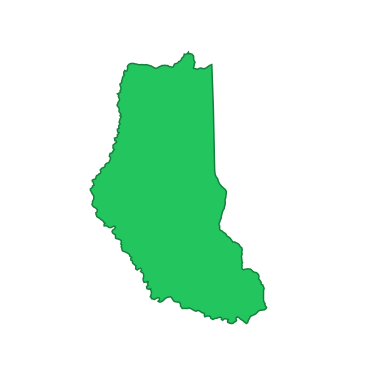 outline of Santa Maria da Vitória, Bahia, Brazil, rotated 45°
{"feature_id": "56859067B38295503968792", "entity_name": "Santa Maria da Vitória", "entity_type": "district", "adm_level": 2, "iso_a3": "BRA", "parent_name": "Brazil", "parent_adm1": "Bahia", "projection": "robinson", "projection_center": [-44.363, -13.186], "detail": "fine", "context": "isolated", "style": "filled", "palette": "green", "viewbox_px": 384, "rotation_deg": 45, "n_neighbors": 0, "source": "geoboundaries", "source_scale": "gbopen_adm2", "svg_char_len": 5729}
<svg xmlns="http://www.w3.org/2000/svg" viewBox="0 0 384 384"><g transform="rotate(45 192 192)"><path d="M115.9,87.9L115.0,90.1L114.7,91.6L114.5,92.9L114.3,94.3L113.8,95.5L112.8,96.7L111.8,97.6L110.7,97.9L109.6,99.6L109.0,101.6L107.8,102.1L106.8,102.6L105.8,103.5L104.9,102.7L104.4,101.6L103.8,100.5L102.9,99.5L102.6,98.3L100.4,97.5L99.0,96.8L98.0,95.6L96.8,94.7L94.6,94.6L93.0,95.4L92.1,96.5L90.6,95.6L90.8,97.9L90.2,99.2L89.0,100.0L89.8,101.2L90.4,102.4L90.1,103.7L90.4,105.1L91.0,106.3L91.0,108.0L90.4,109.3L90.7,110.8L90.0,112.3L89.2,113.6L89.5,115.1L90.3,116.5L89.7,117.8L88.3,118.6L86.9,119.6L85.5,119.6L84.7,120.6L83.6,121.2L82.5,122.5L81.3,123.8L80.8,125.6L80.1,126.8L80.0,128.2L79.3,129.6L78.3,130.7L77.1,130.9L75.6,131.4L74.2,131.7L73.0,132.3L71.5,133.2L69.8,134.1L68.4,135.8L66.7,137.1L65.6,138.3L64.5,139.6L62.9,140.4L61.4,141.5L59.7,142.5L58.2,143.9L57.3,145.6L57.2,147.5L57.5,148.9L59.0,149.9L59.6,151.1L60.3,152.2L59.7,153.4L58.5,153.6L59.0,155.4L60.4,156.9L61.7,157.4L61.6,159.1L62.0,160.3L63.0,161.6L63.8,163.4L64.9,164.2L64.7,166.7L66.5,167.8L68.1,168.5L69.3,169.9L69.5,171.3L70.7,171.9L70.5,173.3L69.9,175.4L71.6,175.2L72.5,176.6L74.1,177.2L75.3,177.7L76.1,179.2L76.4,181.0L77.0,182.0L77.4,183.3L78.4,184.0L80.1,184.0L82.0,184.8L82.7,185.9L83.6,186.8L85.4,187.0L86.7,187.2L87.1,189.0L88.7,188.7L89.3,190.8L90.3,192.7L91.3,194.4L93.1,194.7L93.2,196.6L93.9,197.6L95.4,198.6L94.8,200.3L95.8,201.3L97.3,202.2L98.6,201.6L98.8,202.9L98.7,204.4L99.9,205.3L100.3,206.4L99.7,207.7L99.1,208.8L100.1,209.4L101.1,210.2L102.3,209.5L103.5,210.2L103.2,211.6L103.2,212.9L103.0,214.6L104.1,215.8L105.3,216.9L106.8,216.9L107.2,218.7L107.5,219.9L107.8,221.5L106.8,222.4L107.4,223.9L108.4,225.3L109.9,225.1L111.0,226.4L111.7,228.2L112.4,230.1L111.3,232.1L111.3,234.3L112.5,235.4L112.4,236.7L111.4,238.8L111.5,241.3L113.1,242.0L114.0,243.6L113.4,245.2L113.6,246.9L112.9,247.8L113.5,249.2L114.6,250.9L113.5,252.8L113.1,254.2L114.0,254.9L115.2,254.9L116.6,255.7L117.9,256.5L117.4,258.0L118.3,259.5L117.9,261.5L118.7,262.5L120.2,262.9L121.3,263.3L122.4,263.7L123.8,264.0L125.3,264.2L126.7,265.5L127.6,266.7L128.2,268.7L129.4,270.3L130.0,271.5L131.7,272.1L133.4,272.0L134.8,271.5L136.2,271.4L137.7,271.6L138.8,272.8L138.7,274.7L140.0,275.7L141.9,276.6L143.2,276.6L144.8,275.9L147.1,275.9L148.8,275.4L150.0,275.5L151.2,275.7L152.6,275.5L152.6,276.9L153.9,278.1L155.0,276.6L156.8,275.9L158.4,275.8L159.7,274.7L160.2,273.5L160.6,272.0L161.6,271.0L162.7,270.9L163.3,272.6L163.1,273.9L162.9,275.2L163.5,276.6L165.1,277.1L166.6,276.9L167.9,276.3L169.1,277.4L170.6,278.7L172.1,278.1L173.5,277.2L175.1,276.6L176.5,276.5L177.6,277.7L178.5,279.1L179.8,279.1L180.6,280.8L182.2,281.3L183.0,282.2L184.5,282.8L185.6,282.4L187.0,281.6L189.2,280.9L190.5,280.5L192.1,280.5L193.4,281.3L195.7,280.9L195.8,282.3L196.9,283.4L198.3,282.8L200.3,284.2L202.4,284.2L204.3,283.8L205.4,285.0L206.7,286.2L208.4,285.9L208.8,283.6L209.7,282.4L210.8,282.3L211.6,283.1L211.8,284.5L213.0,284.5L214.3,284.0L215.6,284.3L216.9,285.1L217.8,286.3L218.9,288.1L220.4,289.2L221.9,289.8L223.1,288.4L223.6,286.8L224.7,286.5L224.9,288.0L227.1,289.0L226.7,291.0L228.5,292.2L230.5,291.2L231.1,289.6L232.2,290.5L233.9,291.3L235.0,292.4L235.8,293.8L236.6,295.6L237.8,295.2L238.7,296.1L240.3,295.2L241.6,294.4L241.8,292.6L242.7,290.7L243.9,290.1L245.3,291.3L245.2,293.2L246.7,292.9L247.5,292.1L248.0,290.7L248.4,289.4L248.4,288.0L248.4,285.9L248.9,284.4L249.8,282.8L250.9,281.2L252.3,281.2L254.3,281.6L256.2,282.0L257.6,281.5L259.0,280.5L260.1,279.6L261.1,279.1L262.8,279.1L264.4,280.7L265.7,280.9L267.4,281.3L268.7,280.0L269.7,278.9L271.1,277.8L271.8,276.0L273.2,275.5L274.5,275.0L275.7,274.7L277.2,274.3L278.3,273.9L279.4,273.1L280.0,271.3L281.5,270.8L283.0,270.5L284.6,270.2L285.9,269.3L287.0,269.3L288.2,270.8L289.4,271.1L290.1,269.4L291.2,268.1L293.0,267.1L294.7,268.0L295.8,267.7L297.1,267.3L297.5,265.3L298.9,263.7L299.6,261.7L300.6,260.5L301.8,260.1L302.8,261.3L304.4,261.0L304.4,258.8L305.5,258.0L306.5,257.0L308.1,256.7L308.2,258.0L309.4,258.9L311.2,258.2L312.7,257.3L313.8,256.1L314.0,253.9L314.5,252.5L314.2,251.2L312.4,250.3L312.1,248.6L313.8,247.6L315.7,247.6L317.3,247.4L319.0,246.9L320.5,247.0L322.1,246.6L323.4,246.6L323.7,245.1L323.0,243.7L322.4,242.6L322.2,241.4L321.7,240.0L321.2,238.3L322.0,236.8L322.4,235.4L323.1,233.8L323.3,232.1L323.2,230.3L323.2,228.6L324.4,226.8L325.5,225.3L326.4,224.3L326.8,222.8L326.6,221.1L325.3,220.7L323.4,220.3L322.6,219.3L321.4,219.0L320.2,218.7L318.7,217.5L317.7,216.6L312.2,211.0L311.2,209.2L309.2,208.3L307.7,207.7L306.0,208.2L304.8,207.0L303.4,206.6L302.2,206.4L300.4,206.2L299.1,204.4L297.7,203.5L295.9,203.3L294.2,203.6L293.3,204.4L291.9,205.0L290.3,205.1L289.0,205.1L287.8,205.2L286.9,206.0L285.7,206.9L284.1,209.2L283.3,210.7L282.2,210.9L280.7,210.4L279.7,208.8L278.2,207.7L277.6,206.1L276.4,205.9L275.5,204.8L274.5,204.2L273.5,203.3L272.5,202.7L271.9,201.5L271.3,200.4L269.5,199.1L268.2,197.2L266.7,196.3L264.9,196.5L263.8,196.3L262.7,195.9L261.4,195.9L260.0,196.3L258.7,196.9L257.5,197.1L256.3,198.6L254.3,198.1L252.3,197.8L250.9,197.7L249.7,198.0L248.5,198.3L247.4,198.4L246.0,197.8L244.6,197.8L243.4,198.1L242.2,198.3L240.8,198.4L239.1,199.0L237.5,198.6L236.5,197.4L235.6,196.5L233.9,195.9L233.3,194.9L232.6,193.2L231.7,191.5L231.4,190.3L230.4,189.0L229.5,187.8L228.6,186.2L227.8,184.9L227.0,183.1L226.5,181.0L225.4,179.5L224.3,177.5L223.4,176.4L222.4,175.3L221.1,174.5L220.5,173.3L219.5,171.7L218.3,170.3L217.2,168.7L215.8,167.3L214.3,166.8L212.7,166.8L211.5,167.0L210.3,166.9L208.9,167.1L207.8,166.9L206.5,166.9L204.9,166.5L202.8,165.7L201.2,164.7L199.7,164.3L198.6,164.3L197.5,163.8L196.3,163.4L195.0,162.5L192.1,160.1L186.6,154.8L147.6,117.4L115.9,87.9Z" fill="#22c55e" stroke="#15803d" stroke-width="1.5"/></g></svg>